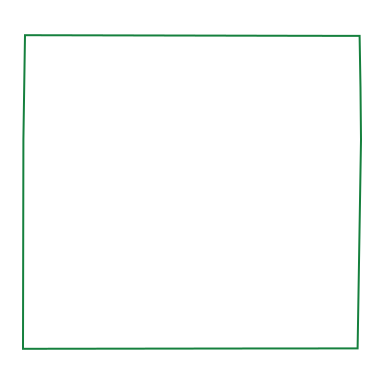 Morgan, Colorado, United States of America
{"feature_id": "52423323B36386554823718", "entity_name": "Morgan", "entity_type": "district", "adm_level": 2, "iso_a3": "USA", "parent_name": "United States of America", "parent_adm1": "Colorado", "projection": "robinson", "projection_center": [-103.707, 40.263], "detail": "fine", "context": "isolated", "style": "outline", "palette": "green", "viewbox_px": 384, "rotation_deg": 0, "n_neighbors": 0, "source": "geoboundaries", "source_scale": "gbopen_adm2", "svg_char_len": 239}
<svg xmlns="http://www.w3.org/2000/svg" viewBox="0 0 384 384"><path d="M360.5,88.0L359.6,35.9L303.2,35.8L25.0,35.2L23.4,139.5L23.0,348.8L242.3,348.5L357.6,348.4L361.0,139.7L360.5,88.0Z" fill="none" stroke="#15803d" stroke-width="2"/></svg>